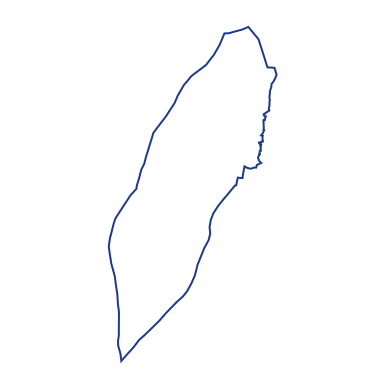 outline of Akure South, Ondo, Nigeria, rotated 75°
{"feature_id": "59680162B21108805782195", "entity_name": "Akure South", "entity_type": "district", "adm_level": 2, "iso_a3": "NGA", "parent_name": "Nigeria", "parent_adm1": "Ondo", "projection": "robinson", "projection_center": [5.204, 7.189], "detail": "fine", "context": "isolated", "style": "outline", "palette": "blue", "viewbox_px": 384, "rotation_deg": 75, "n_neighbors": 0, "source": "geoboundaries", "source_scale": "gbopen_adm2", "svg_char_len": 2569}
<svg xmlns="http://www.w3.org/2000/svg" viewBox="0 0 384 384"><g transform="rotate(75 192 192)"><path d="M181.9,117.6L179.6,119.0L176.0,119.4L174.1,118.1L173.7,117.8L173.8,117.4L173.5,116.9L172.5,117.1L172.3,116.5L171.4,116.5L171.0,116.3L170.4,116.2L169.7,115.7L169.8,115.1L169.9,114.8L168.8,114.6L167.9,114.5L167.4,114.4L167.0,114.3L167.0,114.2L166.4,114.1L166.5,114.0L165.4,113.6L164.2,113.0L163.9,113.9L162.4,113.4L162.2,114.6L161.6,114.5L161.7,114.2L161.9,113.4L161.9,113.2L162.0,112.9L161.7,112.8L161.8,112.2L161.3,112.0L161.6,110.5L161.1,110.4L157.6,109.9L156.4,109.3L156.1,109.1L155.5,110.0L155.2,110.6L154.9,110.2L154.7,109.8L154.4,109.5L154.3,109.4L153.5,108.3L150.9,106.3L150.7,106.9L148.4,106.0L141.4,104.5L141.6,103.9L141.4,103.8L140.9,103.6L141.1,102.8L139.3,102.1L138.5,101.4L138.2,101.1L137.5,101.9L137.4,102.1L137.1,102.4L136.8,102.7L136.2,102.1L135.4,102.5L134.3,99.3L133.3,96.2L132.1,96.3L131.3,96.2L128.8,94.9L127.5,94.6L126.4,94.2L125.3,93.9L124.2,93.4L123.0,92.9L122.1,92.9L120.6,92.7L119.5,92.3L118.3,91.9L116.9,91.1L116.3,91.2L115.3,90.8L114.1,90.2L113.4,89.8L112.4,89.1L111.8,88.6L111.1,88.3L110.3,87.9L109.3,87.6L108.2,87.1L107.7,86.6L107.2,85.7L106.3,84.6L105.5,84.0L103.2,81.7L101.7,80.9L100.8,80.0L99.2,80.0L93.4,80.2L91.1,86.9L78.7,87.4L61.7,88.2L47.1,94.9L48.1,101.3L48.1,111.0L48.2,115.3L47.2,119.6L57.1,127.3L65.1,135.3L73.0,145.7L79.8,162.5L83.6,167.8L86.5,172.1L91.6,177.2L95.1,180.7L101.8,186.0L107.6,192.5L112.4,197.8L118.1,205.3L124.8,213.9L131.5,218.1L135.9,220.9L140.1,223.5L146.8,227.7L152.5,230.9L157.3,235.2L164.9,239.5L165.9,240.1L171.6,243.7L174.5,244.8L179.3,252.3L186.0,259.8L191.7,266.2L197.5,272.6L202.2,275.8L208.0,279.0L215.6,283.3L223.2,286.5L230.9,287.5L235.9,288.0L240.4,288.5L249.9,288.4L253.7,288.4L261.4,289.5L270.9,290.5L281.4,292.6L289.0,293.6L296.6,295.7L304.2,297.8L311.9,299.9L316.7,302.0L321.4,303.1L325.2,303.0L330.0,303.0L336.9,304.0L331.9,296.5L327.1,289.0L321.3,281.5L317.5,274.0L312.7,265.4L307.9,256.9L302.1,248.3L294.4,235.4L290.6,227.9L286.7,222.5L280.0,216.1L273.3,210.8L263.8,205.5L249.5,194.8L242.8,188.4L237.0,185.2L230.4,184.1L223.7,181.0L217.9,176.7L212.2,170.3L207.4,163.8L203.1,157.6L200.7,154.2L197.0,149.0L196.8,148.6L197.0,147.6L196.1,147.2L195.4,146.8L194.8,146.5L194.4,146.3L193.4,145.9L191.5,144.8L190.0,144.0L191.2,141.0L191.6,139.9L191.4,139.3L190.2,139.1L185.9,137.1L180.8,134.6L182.0,133.5L183.0,132.4L183.5,131.4L184.2,130.5L184.5,129.6L184.7,128.9L184.6,127.2L184.5,126.1L184.6,125.1L185.0,123.6L182.7,122.4L181.9,117.6Z" fill="none" stroke="#1e3a8a" stroke-width="2"/></g></svg>